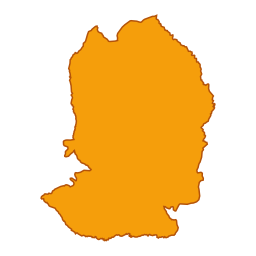 Kazumba, Kasaï-Occidental, Democratic Republic of the Congo (Albers equal-area conic projection)
{"feature_id": "63176286B97272919542005", "entity_name": "Kazumba", "entity_type": "district", "adm_level": 2, "iso_a3": "COD", "parent_name": "Democratic Republic of the Congo", "parent_adm1": "Kasaï-Occidental", "projection": "albers", "projection_center": [21.968, -6.401], "detail": "fine", "context": "isolated", "style": "filled", "palette": "amber", "viewbox_px": 256, "rotation_deg": 0, "n_neighbors": 0, "source": "geoboundaries", "source_scale": "gbopen_adm2", "svg_char_len": 5760}
<svg xmlns="http://www.w3.org/2000/svg" viewBox="0 0 256 256"><path d="M130.1,20.9L124.9,24.7L122.3,27.1L117.7,33.4L117.1,35.7L117.6,38.0L117.4,39.6L117.6,40.5L115.1,41.1L110.0,41.5L108.6,41.3L107.1,39.2L103.5,36.9L103.0,35.3L102.4,34.9L101.7,33.3L99.3,32.5L98.0,31.5L97.3,29.7L97.8,27.7L97.2,27.3L97.1,26.1L96.0,26.2L95.0,26.8L92.0,29.3L91.3,30.4L88.6,31.6L87.5,34.5L85.7,40.8L85.1,41.9L83.4,43.3L83.2,46.3L82.3,47.2L80.7,49.7L79.0,50.9L77.6,53.0L76.4,53.3L75.7,52.6L75.2,52.6L74.8,53.8L73.2,54.7L72.4,56.7L71.4,57.7L70.8,59.2L70.2,59.7L70.0,63.4L68.7,68.7L69.6,70.2L69.4,71.2L70.3,74.3L70.1,75.2L70.5,76.0L69.6,76.9L69.8,77.2L70.6,77.2L70.8,77.6L69.6,80.3L70.2,81.7L71.1,85.7L71.5,91.9L72.5,93.4L71.2,95.0L71.4,95.6L72.1,96.2L72.5,97.9L71.8,99.6L71.1,103.2L71.3,104.0L72.4,104.8L72.2,105.6L73.2,106.2L73.6,106.9L72.9,109.2L73.6,110.1L73.5,111.8L74.4,112.8L74.3,113.3L75.1,114.0L75.3,115.2L75.7,115.7L76.0,118.1L75.8,118.7L76.4,120.9L76.1,123.6L75.4,126.1L75.6,126.4L74.9,127.0L75.2,128.8L74.8,129.4L74.9,130.1L74.1,131.3L74.2,132.0L73.6,133.8L73.6,134.9L73.0,135.9L73.2,136.8L73.0,137.7L73.9,139.5L70.4,140.1L66.9,140.0L65.5,140.2L64.0,140.8L63.4,141.7L63.6,144.7L64.3,145.7L67.7,146.9L68.0,148.3L67.8,149.2L65.9,151.0L65.4,151.9L65.5,153.4L65.3,154.5L64.7,155.4L64.8,156.4L66.0,156.8L68.5,156.2L70.7,153.9L72.9,152.2L73.6,151.5L73.7,150.9L74.4,150.4L74.8,152.1L74.7,152.8L75.3,153.2L75.2,153.9L76.3,154.9L76.9,156.0L77.5,158.4L78.6,159.8L79.9,160.4L80.4,161.7L81.6,162.8L84.7,163.9L85.8,165.0L87.7,165.5L89.2,167.9L89.8,168.1L90.3,169.0L91.1,169.4L90.8,170.0L89.8,170.7L84.0,170.3L80.4,172.3L77.5,172.9L75.8,172.7L75.1,173.1L74.8,174.7L75.3,176.3L76.4,177.9L76.5,179.0L76.3,180.5L75.9,180.8L71.9,178.1L70.4,178.3L70.2,179.0L71.1,180.2L73.0,181.5L73.7,182.4L74.0,183.8L73.6,184.9L72.9,185.7L70.2,186.8L69.0,185.6L66.8,184.8L65.3,185.0L64.5,185.9L63.4,185.8L60.6,186.5L54.7,189.3L53.9,190.3L52.6,191.0L51.9,192.9L51.3,193.5L50.5,193.6L48.9,193.2L47.9,194.2L45.1,193.9L44.5,194.1L43.6,195.4L42.7,195.6L41.5,196.7L41.1,198.2L41.8,199.0L43.6,198.7L44.0,200.8L45.5,202.3L46.0,202.6L47.0,202.5L47.1,203.1L48.1,203.9L49.1,205.8L50.0,206.4L55.1,208.2L56.4,210.3L58.2,211.8L58.9,213.4L60.3,214.6L60.5,215.3L62.2,217.7L62.4,219.0L63.0,220.2L63.7,221.1L64.1,221.0L64.6,221.5L65.2,222.4L65.8,224.5L67.4,225.5L68.4,226.9L71.6,229.3L71.4,230.4L72.8,230.9L73.4,231.5L74.7,232.1L75.5,233.8L76.5,233.0L77.4,233.0L78.1,233.8L81.7,235.9L83.6,235.3L84.7,235.7L85.7,236.6L86.4,236.3L87.3,236.6L88.0,236.1L91.3,236.4L92.1,236.8L92.1,237.4L94.6,237.6L95.2,236.6L96.0,236.9L96.3,237.9L98.0,239.3L98.7,239.5L99.5,239.3L100.9,238.4L101.6,238.8L102.5,238.5L103.2,239.7L103.9,239.0L104.4,240.6L104.9,240.6L105.4,240.1L106.5,240.5L106.9,239.6L107.6,239.5L108.1,239.9L108.5,239.5L108.7,238.3L110.9,238.3L111.7,237.3L113.6,237.1L114.6,236.0L116.6,234.8L117.7,235.2L118.5,234.8L119.2,235.0L120.1,236.0L121.9,236.2L125.4,234.5L126.3,233.7L126.8,234.3L127.3,234.2L128.9,233.4L129.8,233.9L129.1,235.7L129.4,236.3L130.1,236.4L130.4,235.6L130.8,235.4L131.0,235.6L130.6,236.5L130.7,237.0L131.1,237.2L132.4,236.5L133.9,236.4L135.0,237.0L137.1,237.0L138.7,236.3L139.9,236.3L142.2,235.1L143.0,235.3L144.6,234.5L145.3,234.8L146.8,234.6L147.5,235.7L148.1,235.9L148.4,235.7L148.8,234.8L149.8,234.4L150.6,235.1L152.8,235.6L153.9,235.0L154.2,235.2L154.8,234.9L156.3,234.9L156.7,235.1L157.1,236.8L157.0,237.3L158.5,238.0L159.1,237.2L161.0,237.3L162.1,236.7L162.9,236.8L163.8,237.7L164.1,237.6L164.7,236.7L166.0,237.7L168.1,237.0L168.5,236.3L171.5,235.2L174.1,235.2L174.7,234.4L175.1,234.2L175.5,233.0L177.5,230.4L178.2,227.7L176.9,224.5L176.5,220.6L175.8,219.7L173.7,220.0L172.8,219.6L171.6,219.7L170.6,218.4L169.6,218.0L168.7,215.7L167.3,214.1L166.6,213.0L166.2,211.3L164.3,208.7L164.4,208.1L163.9,206.5L165.4,206.7L166.3,207.7L168.9,208.7L169.8,208.7L171.0,207.0L172.6,206.7L173.3,207.2L173.4,209.8L175.1,211.0L175.8,210.9L178.8,205.1L179.5,204.2L180.3,203.9L187.3,204.3L191.1,203.2L193.4,203.0L196.6,201.8L198.8,199.7L199.7,196.0L199.0,189.7L198.4,186.9L199.3,182.4L200.8,180.7L203.2,180.1L203.3,178.2L202.2,176.0L202.3,173.2L201.0,172.3L197.8,172.9L197.2,172.2L196.8,170.2L198.1,167.5L198.7,164.7L199.2,163.3L200.0,162.2L201.6,157.2L202.1,151.5L203.4,149.7L202.9,148.1L207.3,144.2L206.8,142.4L205.8,142.3L205.1,141.9L204.7,141.2L203.0,140.8L203.6,139.3L204.8,137.7L205.5,135.9L205.1,135.3L204.3,134.9L204.5,134.2L204.4,132.5L202.5,130.8L203.2,129.9L203.0,129.4L201.1,127.7L201.5,126.9L203.2,125.4L203.4,124.4L203.9,123.7L205.6,123.0L206.4,122.2L208.2,121.2L208.8,119.0L210.7,115.7L210.8,115.0L210.5,114.0L211.4,113.6L211.7,112.5L211.5,111.8L213.7,109.3L214.5,107.9L213.1,106.6L214.0,105.0L214.5,105.6L214.9,104.1L214.4,103.7L214.0,104.1L212.4,103.3L213.4,100.5L212.4,100.1L212.3,99.7L212.7,97.2L213.4,96.0L209.4,91.3L208.6,88.7L208.8,84.8L208.5,84.1L207.4,84.1L205.8,85.3L205.2,84.8L204.0,84.7L203.2,84.0L203.7,83.2L201.7,80.5L201.7,80.0L200.9,79.9L200.5,76.3L201.7,74.0L200.6,70.9L201.1,69.5L200.9,68.3L200.1,67.0L200.1,64.7L199.7,63.9L198.7,63.1L198.5,62.4L198.0,61.9L196.8,62.0L196.6,61.8L196.4,58.5L195.0,58.3L194.5,57.9L194.7,55.6L194.4,55.3L191.9,55.4L191.5,54.9L192.2,53.6L191.9,52.0L190.9,51.8L190.2,51.2L188.5,51.3L186.5,46.9L184.9,46.8L183.9,45.7L182.9,45.8L180.7,44.7L180.2,43.0L178.0,41.7L177.0,40.6L176.8,39.7L174.8,39.2L173.4,39.6L172.7,38.9L172.5,37.8L172.9,36.5L172.9,35.0L172.5,34.9L171.5,35.4L170.1,35.0L169.9,33.1L167.3,31.1L167.3,30.6L166.0,30.5L165.7,30.1L164.9,30.0L164.1,27.3L161.3,26.3L161.1,25.4L160.5,24.7L160.9,24.5L160.8,24.1L160.4,23.6L159.1,23.2L159.1,21.5L157.8,19.6L156.5,19.2L156.2,18.6L156.6,15.4L154.5,16.3L152.4,16.4L144.6,19.3L143.4,20.1L141.6,21.9L140.8,22.3L139.2,22.0L136.8,21.2L131.1,20.7L130.1,20.9Z" fill="#f59e0b" stroke="#b45309" stroke-width="1.5"/></svg>